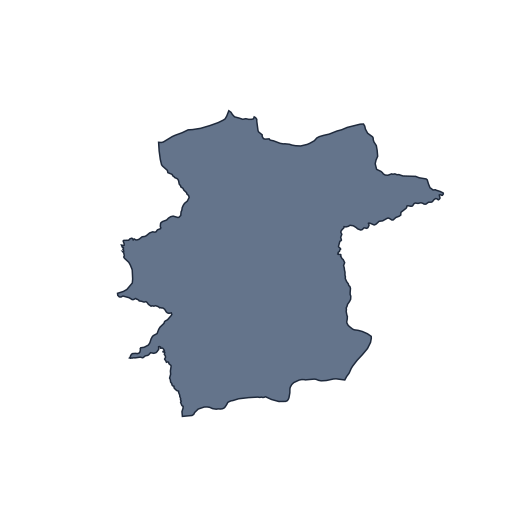 Páez, Boyacá, Colombia (Mercator projection), rotated 40°
{"feature_id": "7082276B49287929101879", "entity_name": "Páez", "entity_type": "district", "adm_level": 2, "iso_a3": "COL", "parent_name": "Colombia", "parent_adm1": "Boyacá", "projection": "mercator", "projection_center": [-73.017, 5.095], "detail": "fine", "context": "isolated", "style": "filled", "palette": "slate", "viewbox_px": 512, "rotation_deg": 40, "n_neighbors": 0, "source": "geoboundaries", "source_scale": "gbopen_adm2", "svg_char_len": 6120}
<svg xmlns="http://www.w3.org/2000/svg" viewBox="0 0 512 512"><g transform="rotate(40 256 256)"><path d="M108.3,231.5L114.3,237.8L120.7,243.6L125.0,246.8L126.7,247.2L133.1,247.4L134.9,248.8L138.9,247.5L139.7,247.5L140.6,248.1L142.4,247.9L143.1,248.2L146.0,247.4L147.0,247.5L148.4,248.2L151.0,250.3L153.2,250.7L153.9,251.4L156.6,251.1L158.3,251.9L161.6,252.1L162.3,252.2L163.1,252.9L165.4,253.0L167.1,254.0L168.1,258.1L167.4,261.6L167.7,264.0L168.4,266.4L169.8,268.7L170.2,270.3L172.3,273.3L172.1,275.9L171.4,276.7L166.9,278.7L165.4,280.7L164.6,283.2L164.4,285.9L162.2,289.8L161.8,291.7L162.1,292.6L163.4,294.5L164.1,295.2L164.9,295.5L165.3,296.4L163.8,299.1L163.7,299.7L163.9,301.6L163.2,302.8L161.3,303.9L159.7,306.7L158.9,311.0L158.3,312.4L156.4,314.5L155.7,318.2L154.8,319.8L153.7,320.9L151.8,321.2L151.6,322.6L150.4,322.0L149.4,322.2L148.4,323.8L148.3,325.8L144.7,329.0L144.5,329.5L144.7,330.0L147.2,331.4L148.1,332.6L147.8,333.1L145.9,334.1L147.9,335.2L148.9,334.8L149.4,335.0L149.7,336.4L150.5,336.4L151.8,337.6L151.8,337.9L150.9,338.3L152.8,338.7L155.1,340.6L155.2,341.5L155.7,342.0L156.9,342.3L162.6,342.6L165.3,343.6L169.3,345.7L170.3,346.4L176.3,352.9L178.6,356.2L178.6,364.6L177.2,368.4L173.9,373.6L175.4,375.0L177.6,375.2L179.0,374.2L179.6,372.5L180.2,372.0L185.7,369.5L189.2,369.0L190.2,368.1L191.0,366.0L191.3,365.8L192.0,365.9L192.8,365.5L194.4,365.2L195.4,365.5L197.5,364.2L199.4,363.5L200.2,362.9L201.0,361.7L202.4,361.6L204.7,362.2L207.9,361.9L208.4,360.9L210.0,360.1L211.0,358.6L213.7,357.6L215.6,357.6L216.1,356.9L217.2,356.4L218.0,355.7L220.2,355.5L223.2,356.5L224.7,356.5L226.1,355.9L227.7,354.0L229.1,354.9L229.3,356.0L229.2,361.7L228.2,364.3L228.2,365.3L228.8,366.8L228.2,372.2L228.6,374.7L230.1,379.0L228.5,383.0L228.4,384.3L228.9,386.8L230.5,390.8L230.8,393.4L229.0,397.8L226.7,400.4L226.9,401.5L227.8,402.2L228.8,404.2L228.8,405.6L227.9,407.0L226.2,408.1L224.0,410.3L223.8,411.6L224.1,413.2L224.7,414.5L224.6,415.4L225.6,415.0L226.2,414.1L226.7,413.9L227.4,412.9L229.1,411.5L232.4,407.8L234.5,406.9L234.9,406.2L235.4,403.6L236.9,401.8L237.3,400.7L237.4,397.8L240.2,396.3L241.5,394.4L241.7,392.7L241.5,391.3L241.6,390.3L239.7,388.1L240.2,387.4L241.4,387.1L242.0,388.0L242.3,387.9L243.4,386.8L244.3,386.6L246.6,387.3L246.8,387.6L246.1,388.8L246.3,389.2L248.1,388.5L249.1,390.4L250.3,390.6L251.0,391.0L251.9,391.9L252.2,393.7L252.6,393.9L254.1,394.2L255.7,395.0L256.3,394.0L257.2,393.6L258.7,394.5L261.2,394.5L261.9,395.1L264.4,399.2L266.6,401.4L268.3,405.1L269.7,405.7L271.7,407.5L273.3,407.8L274.6,408.8L275.6,409.0L276.9,408.5L278.0,409.7L280.0,410.0L281.9,410.0L283.6,409.3L284.5,410.3L287.0,411.6L287.8,412.5L290.1,413.8L290.4,414.5L292.1,415.4L292.2,416.5L292.7,416.8L295.2,418.1L296.0,418.2L296.8,418.0L297.9,419.4L299.3,422.8L302.7,426.2L309.5,419.3L310.1,417.4L309.6,415.3L310.1,410.4L313.4,405.0L315.5,403.1L317.8,401.7L320.9,400.8L324.0,398.9L325.4,397.3L327.0,396.2L328.4,394.7L329.2,393.2L329.4,391.7L329.0,388.4L328.5,386.4L328.8,385.4L329.9,383.1L331.2,381.6L334.4,376.6L341.3,369.3L348.1,362.9L349.7,362.0L351.0,360.5L352.2,360.0L353.0,359.1L353.7,357.7L360.0,356.0L367.0,352.8L372.2,348.3L373.0,346.6L372.8,344.7L372.3,343.3L369.9,339.1L367.3,335.9L366.6,334.5L366.0,331.5L366.3,328.7L368.8,323.3L370.4,321.3L372.5,319.6L373.3,319.3L379.7,312.9L381.2,311.9L383.9,311.0L386.2,309.7L389.9,306.2L394.4,300.4L396.3,298.6L403.7,293.9L402.9,290.1L402.6,285.8L401.2,280.9L400.8,278.1L400.5,270.9L400.9,263.3L400.9,255.3L399.3,248.6L397.2,244.9L395.9,243.5L391.4,243.9L385.9,245.5L382.0,247.3L378.7,249.4L377.0,249.9L372.6,250.0L370.9,249.8L368.7,248.9L367.8,248.1L366.4,245.6L364.7,243.4L364.0,243.2L360.7,240.5L359.7,238.9L358.5,237.8L358.0,235.8L357.2,234.2L356.9,230.8L356.3,228.3L354.4,225.8L352.9,225.0L351.7,223.6L349.2,220.1L347.5,219.0L346.0,219.0L344.6,218.0L342.0,217.4L338.9,215.9L337.8,214.4L336.5,213.5L334.6,211.2L332.7,209.8L331.4,208.5L329.2,207.0L328.2,204.1L325.1,202.7L323.4,202.7L321.8,201.9L321.2,202.0L320.4,200.6L319.6,200.6L318.0,201.9L317.3,201.9L317.2,201.0L316.6,200.4L317.0,198.9L316.4,197.8L316.4,196.3L315.8,196.0L313.4,195.9L313.0,195.6L310.8,190.9L311.3,189.5L311.2,188.9L308.8,187.2L307.8,184.2L305.7,183.3L305.2,182.4L305.0,180.5L305.2,178.0L304.6,176.9L306.2,175.9L307.6,174.0L308.3,172.0L311.1,170.3L314.5,169.8L316.4,169.9L319.5,168.8L320.4,167.5L320.6,165.2L321.0,164.7L323.1,163.6L323.5,162.3L322.9,159.9L322.1,159.2L321.1,158.7L321.3,158.2L322.5,157.5L326.2,156.4L326.8,156.0L327.5,154.4L328.0,150.3L330.4,147.7L332.3,142.7L332.9,141.9L333.9,141.5L336.9,141.1L337.9,140.2L338.4,136.6L340.1,133.5L340.6,131.6L339.2,129.8L339.0,129.1L340.3,123.1L340.2,122.0L339.5,120.7L340.1,119.8L342.6,118.4L343.5,117.5L343.7,116.8L343.4,114.2L344.0,113.0L346.3,111.6L348.1,109.2L349.9,108.4L351.4,108.2L352.8,107.1L353.6,103.9L355.6,102.2L356.2,101.0L356.1,98.6L356.7,96.5L357.9,95.9L359.5,95.8L359.7,95.6L359.9,94.4L359.7,93.3L357.2,91.5L357.6,90.7L358.4,90.3L359.2,90.2L359.8,89.7L359.6,88.0L358.8,87.4L355.5,88.2L351.7,89.8L350.9,89.9L349.3,91.5L348.5,91.8L347.4,91.6L345.5,91.9L341.9,90.0L338.2,87.6L336.8,87.6L330.7,91.2L327.1,92.4L317.2,100.2L313.1,101.8L311.8,103.1L309.6,103.8L308.3,105.4L307.1,105.9L305.1,109.4L303.0,110.9L300.8,111.3L299.3,110.9L297.2,110.9L292.7,112.1L288.0,108.7L286.3,105.4L285.1,101.4L280.9,97.2L277.2,94.1L273.0,92.8L271.1,91.6L269.9,90.3L268.7,89.8L262.6,90.2L258.3,88.5L255.8,86.6L253.5,85.8L251.1,88.0L243.2,98.9L240.5,104.2L237.7,108.2L233.7,115.6L230.2,120.2L227.7,124.0L226.7,126.5L226.6,130.2L224.8,135.0L223.5,137.6L219.5,143.0L215.4,146.1L212.3,147.9L209.8,148.9L206.0,151.5L204.8,152.6L202.0,154.2L195.4,156.5L192.6,158.0L191.9,158.1L190.8,157.8L187.9,160.6L186.3,161.3L184.0,160.5L182.8,159.2L178.3,159.3L177.0,158.7L170.1,152.4L168.7,150.8L166.7,150.3L165.2,150.6L165.9,152.5L165.0,153.9L162.6,156.0L159.9,157.4L158.0,159.8L154.6,161.1L150.1,163.2L147.0,162.8L144.5,162.0L141.8,162.2L143.6,167.5L144.2,170.8L143.6,172.9L141.3,178.1L136.8,185.8L131.5,193.8L126.1,200.0L122.9,203.0L120.2,209.0L116.5,215.4L115.1,218.3L111.7,228.3L110.5,229.9L108.3,231.5Z" fill="#64748b" stroke="#1e293b" stroke-width="1.5"/></g></svg>